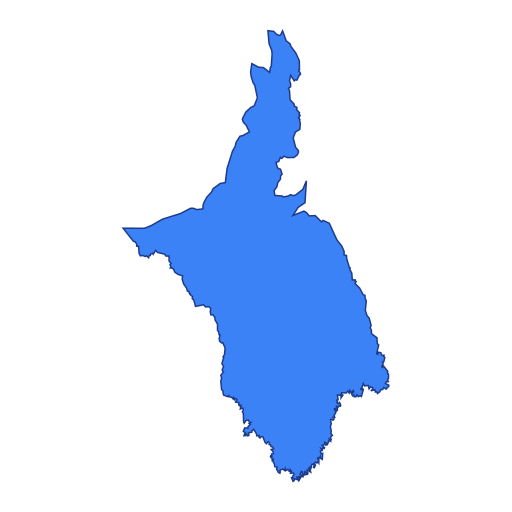 the district of Mueang Chaiyaphum, Chaiyaphum, Thailand
{"feature_id": "78962969B81450935958728", "entity_name": "Mueang Chaiyaphum", "entity_type": "district", "adm_level": 2, "iso_a3": "THA", "parent_name": "Thailand", "parent_adm1": "Chaiyaphum", "projection": "equal_earth", "projection_center": [102.047, 15.936], "detail": "fine", "context": "isolated", "style": "filled", "palette": "blue", "viewbox_px": 512, "rotation_deg": 0, "n_neighbors": 0, "source": "geoboundaries", "source_scale": "gbopen_adm2", "svg_char_len": 6091}
<svg xmlns="http://www.w3.org/2000/svg" viewBox="0 0 512 512"><path d="M243.3,431.4L245.1,432.5L244.0,435.7L245.3,435.6L245.5,434.2L246.6,433.8L246.9,435.6L247.8,435.9L248.9,435.4L248.6,432.8L251.8,432.2L251.9,430.9L253.7,429.3L256.5,433.9L256.7,435.8L259.2,435.5L258.9,437.0L260.0,438.0L261.0,436.6L262.8,436.7L265.3,442.8L266.6,443.7L267.6,441.8L268.5,441.6L269.2,442.4L269.1,444.5L270.6,444.9L271.0,446.6L272.7,447.0L273.7,448.8L271.2,449.5L273.2,451.7L273.3,453.6L271.6,454.0L271.9,456.2L270.8,455.7L270.4,456.7L272.1,458.7L272.2,460.0L273.5,458.4L272.9,461.4L274.4,464.0L274.7,466.5L277.2,467.3L276.5,469.0L278.4,472.5L279.9,473.2L280.3,471.9L279.6,470.5L282.5,469.0L284.5,470.4L285.1,468.6L285.6,470.7L287.8,469.4L289.4,471.5L290.5,470.9L290.4,469.8L291.4,471.1L290.6,473.2L293.4,473.0L294.2,474.4L292.9,475.8L292.7,477.5L291.5,477.6L293.0,481.3L294.2,480.6L294.2,478.6L297.8,479.8L297.0,477.3L299.6,478.5L298.4,480.1L298.8,480.8L300.6,477.6L298.6,477.4L298.6,476.7L302.0,476.6L301.7,475.3L300.0,474.3L301.4,471.4L302.4,471.9L302.3,474.4L303.1,476.3L305.0,471.6L306.5,473.2L305.1,474.8L307.5,474.3L308.0,473.0L307.1,472.2L307.2,470.1L310.7,472.1L310.2,470.1L310.9,468.4L309.3,469.4L308.5,468.5L310.2,466.7L311.1,467.1L311.8,464.3L313.3,464.4L313.7,463.2L314.1,465.8L313.5,467.2L314.3,467.7L315.5,465.1L314.5,464.1L315.3,462.0L316.9,463.0L318.0,461.6L318.8,463.0L318.9,459.1L317.8,459.0L317.6,457.9L319.5,457.6L320.2,456.5L320.4,458.2L322.3,459.4L322.7,453.3L321.2,453.8L320.2,451.2L322.2,450.5L321.0,448.5L322.5,449.2L323.2,447.3L324.2,448.4L324.6,447.8L322.2,445.3L324.6,444.6L324.7,442.3L326.4,443.1L326.0,445.0L327.2,444.8L329.1,440.6L330.4,441.1L329.3,439.0L331.1,439.6L330.5,437.1L332.4,435.3L330.8,433.4L331.3,431.5L330.4,426.3L331.3,423.7L330.4,419.6L331.2,419.1L332.9,420.2L333.9,419.4L333.8,417.8L332.4,417.2L334.7,417.3L334.1,415.5L335.8,412.6L334.5,408.8L335.6,408.5L336.1,411.2L337.4,410.3L337.2,407.7L335.9,405.7L338.0,407.3L338.9,406.0L340.3,406.3L340.7,405.2L339.6,402.5L338.1,403.7L336.9,402.6L337.5,401.7L336.6,400.2L338.1,399.7L337.4,394.8L341.0,395.5L341.0,397.9L342.9,395.1L341.1,393.9L341.7,392.7L346.2,393.0L347.8,391.1L349.1,393.0L349.8,390.3L351.0,392.7L353.2,390.5L353.8,391.9L351.5,393.6L352.6,395.8L353.9,395.1L354.1,396.7L356.1,396.7L357.0,394.7L358.5,396.7L360.2,395.7L361.4,396.5L363.4,389.3L362.4,388.8L361.3,389.8L360.7,388.9L362.1,387.4L363.3,383.5L364.6,385.9L368.2,385.4L369.1,388.8L370.5,386.8L372.8,388.0L373.0,389.0L370.8,390.8L375.0,389.8L375.3,392.0L376.8,391.8L377.4,393.5L379.8,391.8L380.6,389.8L382.7,389.5L383.7,387.4L386.1,389.1L388.9,386.0L388.6,385.0L385.4,383.6L386.2,381.9L388.4,381.6L387.5,379.6L388.5,378.4L388.5,374.2L387.3,373.0L387.8,371.4L383.3,365.7L382.6,367.4L381.8,366.8L383.2,363.2L382.6,361.9L383.8,361.7L384.8,357.5L383.8,356.5L384.2,354.6L383.4,355.7L381.7,355.1L380.8,352.7L378.4,352.2L377.7,354.3L376.6,353.6L378.7,345.1L377.2,343.3L377.0,337.8L371.5,333.7L371.4,330.3L370.2,327.7L371.1,325.4L369.2,318.1L367.1,315.8L365.3,310.4L366.3,300.9L365.1,298.3L365.0,295.4L363.1,294.6L359.7,288.2L355.0,283.5L356.1,281.5L355.2,281.1L355.2,279.9L352.3,279.9L351.8,273.2L349.9,269.6L350.1,267.8L349.4,267.6L346.7,258.7L346.5,255.5L344.1,255.0L344.1,251.4L341.9,246.3L336.8,239.7L329.3,223.3L323.1,220.4L321.5,221.9L315.2,215.6L309.2,215.9L306.4,212.5L303.9,211.1L292.9,215.5L298.1,207.4L305.0,202.7L306.4,180.9L302.8,189.4L295.5,195.1L293.1,195.6L290.5,194.6L288.4,196.0L283.2,197.0L282.6,196.1L274.8,195.4L274.1,190.4L276.7,187.2L277.8,182.6L280.4,179.2L280.6,175.8L282.1,174.1L280.5,169.2L278.2,168.5L277.0,166.4L276.0,162.4L278.7,161.5L280.4,157.4L281.8,158.4L283.9,156.2L287.4,157.6L293.8,157.5L297.0,155.2L298.4,152.6L298.4,150.6L295.6,147.3L293.2,137.9L295.5,132.0L299.8,129.4L300.3,123.7L299.5,120.0L299.9,119.5L298.5,117.8L299.3,117.2L299.2,115.4L300.0,115.5L299.1,113.4L299.5,112.7L296.7,109.8L296.9,107.4L294.4,106.1L294.1,104.1L290.1,99.8L289.5,90.8L288.4,88.2L290.6,86.8L290.6,83.6L289.5,80.6L290.7,75.4L294.2,80.8L295.5,79.8L296.9,80.1L299.2,75.4L300.5,74.3L299.9,72.2L298.7,71.1L298.8,69.9L299.5,69.8L299.3,60.7L295.7,52.9L291.0,46.5L290.1,43.9L286.1,40.7L282.6,30.8L280.6,34.9L279.2,35.4L276.5,34.3L273.7,31.4L267.9,30.7L269.1,43.8L271.7,50.3L272.1,53.7L271.3,66.1L270.3,67.7L269.6,72.4L263.5,67.6L258.6,67.2L251.8,63.6L250.6,72.0L251.2,76.6L253.0,82.5L254.8,85.5L257.4,97.9L254.2,105.8L250.6,107.6L245.8,112.1L242.8,118.0L242.4,119.5L243.4,122.3L246.1,125.1L249.4,131.9L242.8,135.6L240.0,136.2L236.1,142.4L235.1,146.6L232.5,151.1L227.1,168.4L225.3,182.6L220.1,183.5L213.1,188.7L211.5,192.1L206.8,197.2L204.2,202.0L203.1,204.9L202.9,208.9L196.6,209.6L193.7,208.3L190.5,208.3L180.6,213.5L162.6,219.1L151.2,225.6L144.4,228.3L123.1,228.2L133.4,241.3L135.3,241.9L136.7,244.2L136.7,246.2L138.6,246.4L139.1,253.5L140.3,255.8L142.9,255.5L145.3,256.5L146.4,255.8L148.6,257.7L148.8,256.1L150.3,255.4L150.5,254.2L152.7,253.3L153.2,254.3L155.6,250.4L157.5,252.4L164.6,254.2L166.0,256.1L169.0,256.0L169.1,261.2L171.1,263.3L170.0,264.6L170.8,266.6L170.3,268.0L172.3,268.1L174.1,269.9L174.5,271.9L178.0,274.4L182.6,275.8L182.2,279.3L183.6,283.9L186.7,288.4L187.4,291.1L188.8,291.3L189.2,293.1L190.1,293.4L189.9,294.4L192.6,296.6L192.2,298.6L193.9,300.2L195.5,306.4L203.7,304.8L205.5,306.9L209.0,306.7L210.8,308.6L210.2,311.8L210.9,314.9L212.8,314.7L214.2,316.4L215.1,318.1L215.0,319.8L217.5,324.1L217.5,330.5L218.6,331.7L219.1,334.7L220.0,334.8L219.2,338.6L219.6,341.2L221.7,343.0L222.8,342.8L225.1,347.9L224.5,354.6L223.0,356.9L223.7,357.5L221.9,363.6L223.6,366.4L222.3,369.3L222.4,370.7L223.5,371.8L220.8,375.3L221.6,378.0L220.8,381.4L221.6,389.6L222.8,390.7L223.5,395.0L227.4,396.6L228.6,395.7L228.5,396.6L231.7,397.3L233.2,399.0L233.7,397.7L234.7,399.6L234.8,398.7L235.9,398.6L236.9,399.6L235.8,402.2L238.8,402.6L238.9,405.1L239.7,404.8L240.2,406.4L241.1,405.8L240.3,409.0L242.9,408.1L243.3,410.2L242.4,411.8L243.3,413.3L243.6,422.0L244.2,423.2L245.9,420.6L248.3,419.9L249.6,422.5L250.5,422.5L249.1,423.5L250.4,424.2L248.0,426.7L248.0,428.0L244.7,427.9L243.3,431.4Z" fill="#3b82f6" stroke="#1e3a8a" stroke-width="1.5"/></svg>